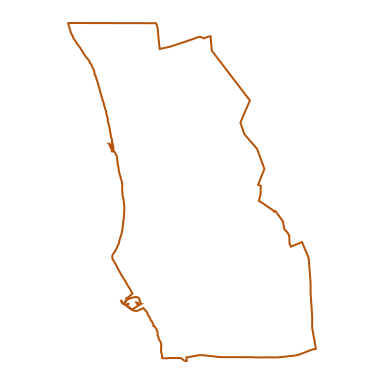 Joondalup, Western Australia, Australia
{"feature_id": "25037944B62034941870385", "entity_name": "Joondalup", "entity_type": "district", "adm_level": 2, "iso_a3": "AUS", "parent_name": "Australia", "parent_adm1": "Western Australia", "projection": "mercator", "projection_center": [115.744, -31.78], "detail": "fine", "context": "isolated", "style": "outline", "palette": "amber", "viewbox_px": 384, "rotation_deg": 0, "n_neighbors": 0, "source": "geoboundaries", "source_scale": "gbopen_adm2", "svg_char_len": 5818}
<svg xmlns="http://www.w3.org/2000/svg" viewBox="0 0 384 384"><path d="M315.9,348.9L312.9,332.0L312.3,328.7L312.2,327.2L312.1,326.2L312.2,318.5L312.2,316.8L310.6,293.1L310.6,284.0L310.5,281.6L308.9,261.0L308.7,258.8L308.2,257.1L308.0,256.3L302.0,242.1L291.0,246.6L290.9,246.1L289.6,244.1L289.2,235.4L287.3,232.4L284.4,229.2L282.8,221.1L275.4,211.1L274.0,211.7L273.5,210.6L258.9,200.7L260.6,194.4L260.8,185.8L258.1,184.7L264.4,169.0L257.1,148.9L244.5,134.4L240.4,122.7L242.2,118.2L249.9,100.5L211.8,50.6L210.6,36.3L208.9,36.5L207.2,37.0L206.5,37.3L205.0,38.1L204.6,38.2L203.9,38.3L203.1,37.9L200.9,37.1L199.7,36.8L198.5,37.1L196.3,37.7L194.0,38.7L172.4,46.0L170.0,46.7L159.7,49.0L158.5,38.0L157.7,28.6L157.5,27.6L156.8,25.2L156.0,23.2L69.8,23.0L68.1,23.3L69.2,27.0L69.4,27.7L69.7,28.9L70.1,29.9L70.4,30.8L71.1,33.2L72.9,36.5L73.0,37.3L73.2,37.5L73.7,38.7L74.4,39.6L75.3,40.8L76.7,43.4L77.2,43.9L77.7,44.6L78.1,45.0L79.4,46.8L79.8,47.3L80.5,48.3L81.4,49.9L82.3,51.1L82.8,52.1L83.1,52.5L84.0,54.2L84.3,54.6L86.2,57.2L88.2,59.5L89.2,61.1L89.6,61.8L89.8,62.4L90.0,63.0L90.6,63.8L90.8,63.9L91.3,64.5L91.6,65.0L92.0,66.0L92.2,66.5L92.4,67.0L92.6,68.0L93.6,69.2L93.9,69.8L94.0,70.8L94.4,71.7L94.5,72.8L94.5,73.5L94.6,74.4L94.6,74.9L95.0,75.3L95.4,75.5L95.5,75.6L95.5,76.0L95.8,76.7L96.0,77.2L96.1,77.6L96.2,78.0L96.4,78.6L96.5,79.3L96.7,79.7L97.0,80.8L97.5,81.5L97.6,82.2L98.0,83.3L98.1,83.8L98.3,84.8L98.5,85.8L99.1,87.0L99.3,87.8L99.3,88.4L99.5,89.2L99.8,89.8L100.1,91.0L100.2,91.5L100.3,92.1L100.6,92.9L100.9,93.9L100.8,94.1L101.1,94.8L101.1,95.0L101.4,95.7L101.4,96.1L102.0,97.7L102.7,100.3L103.7,103.1L103.8,103.4L103.8,104.1L104.1,105.3L104.5,106.0L104.6,106.7L105.4,109.7L105.9,110.5L106.0,111.2L106.3,111.9L106.2,112.5L106.3,112.9L106.2,113.2L106.2,113.4L106.4,113.7L106.8,115.0L107.1,116.7L107.3,117.6L107.7,118.3L107.8,118.7L107.8,120.5L107.9,121.3L108.2,122.7L108.5,123.4L108.7,124.0L108.9,125.6L109.2,126.1L109.6,127.8L109.7,129.2L110.1,130.8L110.2,132.1L110.5,133.3L110.8,135.4L110.9,136.7L111.0,137.2L111.4,137.9L111.7,138.9L111.9,139.4L112.0,139.7L112.1,141.2L111.8,141.8L111.8,142.0L112.2,142.0L112.2,143.9L111.7,144.4L111.5,144.8L111.0,144.9L111.0,145.2L111.2,145.3L111.7,145.0L111.9,144.5L112.7,144.0L113.3,146.1L112.3,146.6L112.3,146.8L112.5,146.7L113.2,148.0L113.5,148.2L113.5,148.3L113.5,149.1L113.4,149.5L113.0,150.0L112.9,150.3L112.6,150.3L112.5,149.8L110.8,147.2L110.1,144.4L109.1,143.8L108.9,143.8L109.6,144.4L110.4,147.3L111.9,149.7L111.8,151.2L111.9,151.4L112.1,151.5L114.3,151.5L114.8,152.2L115.3,153.1L115.5,153.8L115.8,154.2L116.6,155.9L117.0,157.4L117.0,157.9L117.3,159.6L117.4,161.7L117.7,162.9L117.6,163.2L117.6,163.8L118.5,167.3L118.4,168.4L118.6,168.9L118.9,170.8L119.5,173.0L119.7,174.8L120.3,176.0L120.5,177.0L120.7,177.8L120.9,178.7L122.0,182.3L122.2,183.4L122.2,184.1L122.3,186.7L122.1,188.5L122.3,190.8L122.5,193.7L122.4,194.4L122.5,195.3L122.7,196.1L123.2,197.5L123.5,198.8L123.9,202.9L124.4,206.5L124.3,207.7L124.4,209.0L124.3,209.7L124.1,211.2L124.2,212.3L124.0,215.2L123.8,218.5L123.8,219.2L123.5,220.1L123.1,221.6L123.1,222.0L123.2,223.4L122.9,225.5L122.7,226.2L122.6,227.1L122.7,227.9L122.6,228.6L122.0,231.7L121.7,232.9L121.4,233.8L121.3,234.7L120.7,236.4L120.4,237.1L119.8,239.0L119.6,240.0L119.0,242.2L118.6,244.2L117.3,246.6L116.8,248.0L116.1,249.2L115.9,249.8L115.0,251.2L114.5,252.2L113.6,253.2L113.0,254.2L112.6,255.0L112.4,255.6L112.3,257.1L112.3,258.0L112.5,258.7L112.8,259.5L113.9,261.1L114.8,262.7L116.3,265.2L116.7,266.3L118.4,269.6L120.0,272.4L120.5,273.2L120.9,274.1L121.7,275.4L122.3,276.4L122.7,277.2L123.6,278.6L125.3,281.1L126.2,282.6L126.7,283.8L128.8,287.2L129.4,288.0L130.0,289.2L130.5,289.8L131.2,291.4L132.1,293.0L132.4,293.6L132.4,293.9L128.3,297.1L126.9,298.4L126.4,298.3L126.4,298.7L126.6,298.8L125.1,301.7L125.1,302.1L125.3,302.2L125.6,302.1L126.1,301.0L126.6,299.9L130.1,298.4L131.7,297.8L134.9,297.1L135.9,296.9L136.4,297.0L136.5,297.2L137.7,297.3L138.3,297.6L138.7,297.8L138.9,298.1L139.0,298.8L139.3,298.9L139.4,299.2L139.3,299.3L139.4,299.8L139.9,300.3L139.9,301.2L140.1,301.7L140.5,302.9L140.8,303.4L140.8,303.9L140.8,304.0L140.4,304.2L140.6,304.2L139.6,304.8L138.4,304.5L138.1,304.0L138.4,303.7L137.8,302.7L136.4,302.4L136.2,302.4L138.2,305.7L133.3,308.7L132.5,309.1L131.9,309.3L128.7,306.9L127.3,305.7L127.2,305.5L127.1,305.3L127.2,305.1L128.5,303.9L128.5,303.7L128.3,303.6L128.0,303.7L127.1,304.5L126.7,305.0L125.7,304.5L124.8,304.1L123.5,303.4L122.9,303.0L122.6,302.7L122.2,302.3L121.5,300.8L121.2,300.6L121.0,300.8L121.1,301.0L121.5,301.9L121.7,302.5L122.6,303.5L123.4,304.0L124.7,304.6L126.0,305.3L127.8,306.9L130.9,309.3L132.1,310.0L133.4,310.5L135.1,310.9L136.4,310.9L137.2,310.8L137.7,310.7L143.5,308.1L143.8,308.4L144.0,308.9L146.7,311.8L147.0,312.4L147.6,313.4L147.7,314.6L147.8,314.8L149.3,316.9L150.0,318.1L150.4,319.0L150.6,320.2L150.9,320.5L151.4,320.8L151.8,321.1L152.0,321.5L152.6,323.3L153.0,323.9L153.3,324.7L153.4,325.2L153.4,326.1L153.6,326.2L153.8,326.2L154.2,326.3L154.6,326.6L155.0,327.0L156.5,329.4L157.1,330.5L157.4,331.5L157.6,332.6L157.7,334.1L157.5,335.2L158.0,335.9L158.9,339.0L159.4,340.1L160.6,341.9L160.7,342.3L161.0,343.7L161.4,345.6L161.2,346.0L161.0,348.1L161.2,349.0L161.1,350.9L161.1,351.9L161.2,352.6L161.4,353.1L161.8,353.9L161.9,354.2L162.0,356.7L162.2,358.0L162.3,358.2L167.4,358.3L168.1,358.2L168.8,358.0L169.3,358.0L180.2,358.1L180.8,358.2L181.5,358.5L183.5,360.1L184.2,360.5L185.3,360.9L186.0,361.0L186.8,360.9L186.7,360.2L186.5,358.8L186.4,357.3L187.5,357.3L188.5,357.2L191.2,356.6L197.7,355.4L199.4,355.2L200.4,355.1L202.2,355.1L203.0,355.2L220.1,357.1L253.2,357.2L255.4,357.4L257.6,357.4L262.3,357.4L267.1,357.3L275.9,357.4L278.3,357.3L280.8,357.1L290.4,356.0L292.8,355.8L296.3,355.3L298.9,354.7L300.1,354.2L311.9,349.7L313.3,349.3L315.9,348.9Z" fill="none" stroke="#b45309" stroke-width="2"/></svg>